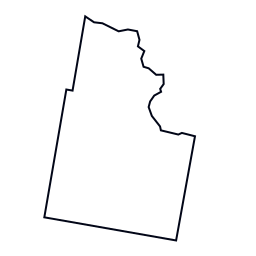 Gooding, Idaho, United States of America (Albers equal-area conic projection), rotated 190°
{"feature_id": "52423323B5287094029931", "entity_name": "Gooding", "entity_type": "district", "adm_level": 2, "iso_a3": "USA", "parent_name": "United States of America", "parent_adm1": "Idaho", "projection": "albers", "projection_center": [-114.845, 42.924], "detail": "fine", "context": "isolated", "style": "outline", "palette": "ink", "viewbox_px": 256, "rotation_deg": 190, "n_neighbors": 0, "source": "geoboundaries", "source_scale": "gbopen_adm2", "svg_char_len": 529}
<svg xmlns="http://www.w3.org/2000/svg" viewBox="0 0 256 256"><g transform="rotate(190 128 128)"><path d="M194.9,25.5L61.1,25.6L60.6,131.5L74.1,132.5L77.3,130.3L95.2,131.4L96.7,135.1L106.6,144.0L111.3,152.2L110.8,158.0L107.8,164.5L101.7,169.4L103.1,172.1L100.5,177.5L102.5,186.7L109.5,185.3L118.0,190.4L123.3,191.0L127.0,198.6L125.3,206.6L132.4,210.1L132.0,216.8L135.8,224.9L145.2,225.0L154.0,221.6L171.4,226.7L179.8,226.2L189.5,230.5L189.1,155.2L195.4,155.2L194.9,25.5Z" fill="none" stroke="#020617" stroke-width="2"/></g></svg>